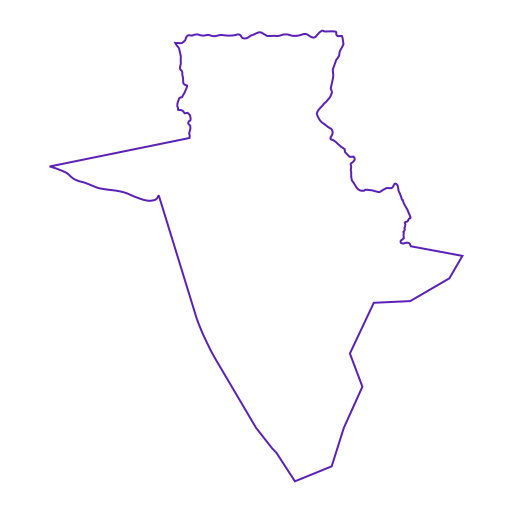 the district of Atima, Santa Bárbara, Honduras
{"feature_id": "27666195B460141259069", "entity_name": "Atima", "entity_type": "district", "adm_level": 2, "iso_a3": "HND", "parent_name": "Honduras", "parent_adm1": "Santa Bárbara", "projection": "robinson", "projection_center": [-88.493, 14.908], "detail": "fine", "context": "isolated", "style": "outline", "palette": "violet", "viewbox_px": 512, "rotation_deg": 0, "n_neighbors": 0, "source": "geoboundaries", "source_scale": "gbopen_adm2", "svg_char_len": 5865}
<svg xmlns="http://www.w3.org/2000/svg" viewBox="0 0 512 512"><path d="M294.9,481.3L331.7,466.3L343.8,427.9L362.4,386.7L349.9,353.5L373.8,302.8L410.2,301.1L449.4,278.3L462.4,255.9L410.9,246.3L410.5,245.6L410.0,244.3L409.7,243.8L409.1,243.2L408.4,242.9L407.3,242.7L406.1,242.8L405.4,242.9L404.0,243.4L403.0,243.6L402.6,243.5L401.0,242.9L400.8,242.6L400.6,241.9L400.7,241.1L400.8,240.6L401.2,240.3L402.0,239.7L403.3,238.6L403.8,238.3L403.9,238.1L403.7,237.2L403.5,235.2L403.8,233.0L403.7,232.7L403.4,232.2L403.5,231.6L404.0,231.1L404.4,230.6L404.6,230.0L404.8,229.5L404.8,229.0L404.5,228.4L404.5,228.0L404.6,227.5L404.9,226.8L405.1,226.0L405.3,225.0L405.3,224.2L405.2,223.6L404.8,223.0L404.8,222.6L405.0,222.4L405.3,222.2L405.9,221.9L406.9,221.7L407.4,221.3L408.2,220.4L408.6,219.3L408.9,218.8L409.3,218.5L409.9,218.4L410.2,218.2L410.4,217.8L410.5,217.3L410.4,216.8L410.0,216.2L409.7,215.1L409.4,214.4L409.0,213.7L407.6,210.2L406.6,208.3L405.4,206.2L403.7,203.1L403.2,201.5L402.9,200.3L402.7,200.0L402.1,199.8L401.9,199.5L401.0,196.4L400.4,195.0L399.9,193.5L399.1,192.0L398.6,190.9L397.8,186.0L397.4,185.3L396.9,184.5L396.4,184.0L395.8,183.7L395.4,183.6L395.0,183.7L394.6,183.9L394.2,184.4L393.7,185.3L393.1,186.5L392.7,187.1L392.2,187.6L391.8,188.0L391.1,188.2L387.3,188.0L386.5,188.1L383.2,189.8L380.4,191.6L379.6,192.0L379.3,192.1L378.8,192.1L377.8,191.9L371.7,190.3L366.0,189.7L365.7,189.7L365.3,189.8L364.6,190.2L364.0,190.7L363.0,190.8L361.5,190.7L360.4,190.5L359.2,190.0L358.1,189.2L357.1,188.3L356.6,187.7L355.3,185.5L353.3,182.3L352.5,181.3L352.2,180.9L351.9,180.3L351.7,179.5L351.4,177.9L351.2,177.0L351.2,174.8L351.2,172.3L351.2,171.8L350.9,170.6L350.8,169.7L350.9,168.9L351.1,167.8L351.2,167.2L350.8,164.9L350.7,164.0L350.8,163.7L351.0,163.4L352.1,162.7L352.9,162.0L353.8,161.0L354.5,160.0L354.6,159.6L354.7,159.0L354.5,158.3L354.3,157.6L353.8,156.9L353.6,156.7L353.3,156.7L352.8,156.7L351.6,156.8L350.1,156.8L349.5,156.7L345.2,152.3L345.0,151.8L344.6,149.1L341.2,146.8L337.9,144.0L336.2,142.3L334.8,141.2L332.8,139.9L332.2,139.7L331.3,139.6L330.9,139.4L330.7,139.1L330.6,138.6L330.5,138.0L330.5,137.5L330.8,137.3L331.2,136.4L332.2,134.6L332.4,134.0L332.5,133.3L332.6,132.3L332.5,131.4L332.3,130.6L332.0,129.9L331.6,129.3L331.2,128.9L329.9,128.1L328.0,127.0L324.4,124.1L322.2,122.6L321.2,121.8L320.5,120.9L319.7,120.0L318.5,117.9L317.8,116.5L317.2,115.1L317.0,114.3L316.9,113.7L317.0,112.8L317.3,112.0L317.9,110.9L318.5,110.0L319.9,108.3L322.3,105.8L324.3,103.4L325.0,102.8L326.1,101.8L326.7,101.2L329.7,97.6L330.9,95.4L331.7,93.4L331.9,92.6L331.9,91.8L331.4,90.0L330.8,88.8L330.8,88.4L331.1,86.6L332.9,78.7L333.2,76.6L333.2,74.4L332.9,71.2L332.8,69.8L332.9,69.3L333.1,68.6L333.7,67.1L336.1,60.2L336.6,59.3L337.5,58.3L338.1,57.4L338.5,56.7L339.0,55.8L339.1,55.3L339.9,51.0L342.3,46.7L343.5,44.1L343.1,42.0L342.7,38.7L342.3,37.2L341.8,36.0L340.5,36.0L338.4,36.2L337.6,36.0L336.7,35.3L336.3,34.2L336.2,33.4L336.3,32.7L336.2,32.2L335.7,31.7L334.2,31.4L331.3,31.3L325.2,31.5L324.3,31.4L323.9,31.1L323.1,30.8L322.3,30.7L321.4,31.0L320.1,31.9L318.8,33.1L315.5,36.9L314.4,37.4L313.3,37.6L311.1,37.0L307.2,34.5L305.7,34.0L303.8,34.0L298.9,35.5L296.9,35.8L294.8,35.9L292.4,35.8L287.7,34.5L286.1,34.4L283.5,34.5L279.1,35.8L277.0,36.1L275.7,35.9L272.3,35.9L270.7,36.0L268.9,36.0L267.0,35.9L261.4,32.6L260.9,32.4L259.8,32.3L258.7,32.4L257.8,32.7L255.9,33.5L253.4,34.7L251.4,35.4L250.9,35.6L247.6,37.8L247.2,38.0L246.0,38.3L244.7,38.5L243.3,38.3L242.3,37.9L241.9,37.5L241.0,36.0L240.1,35.0L239.3,34.6L238.1,34.4L237.0,34.5L235.4,35.0L234.7,35.2L232.1,35.5L230.5,35.6L227.6,35.6L225.0,35.4L222.4,35.0L220.8,35.0L219.1,35.2L216.1,36.0L215.2,36.1L214.1,36.2L212.7,36.1L209.6,35.2L208.3,34.9L207.6,34.9L204.0,35.6L203.3,35.6L201.9,35.5L200.2,35.2L198.1,34.5L197.3,34.4L196.1,34.5L194.5,34.7L193.7,34.9L192.7,35.4L192.1,35.5L191.1,35.5L188.9,35.2L188.2,35.3L187.7,35.6L187.1,36.1L186.2,37.3L185.8,38.0L185.7,39.1L185.5,39.5L185.3,40.0L184.8,40.7L184.2,41.2L183.1,42.2L181.8,43.1L181.4,43.2L180.6,43.2L175.3,42.9L175.9,44.0L176.6,45.2L177.4,46.2L178.4,47.4L179.0,48.4L179.2,49.0L180.8,56.2L180.7,60.7L180.8,62.1L180.8,63.2L180.7,64.3L180.1,66.9L180.0,68.4L180.1,68.9L180.5,69.6L180.9,70.1L181.5,70.5L181.7,70.8L182.0,71.4L182.2,72.0L182.3,72.8L182.3,74.1L182.4,74.9L182.5,75.8L182.8,76.7L183.0,78.4L183.2,80.7L183.2,82.3L183.3,82.9L183.4,83.3L183.7,83.7L184.3,84.4L185.2,84.9L187.0,85.5L187.0,86.6L186.5,88.0L185.0,91.6L184.6,92.6L183.5,94.4L182.3,96.7L182.1,97.1L181.8,97.3L180.9,97.3L179.8,97.8L179.4,98.1L179.0,98.7L177.5,103.3L177.3,104.9L177.3,105.9L177.6,107.0L178.1,108.3L178.1,108.7L177.9,109.4L178.0,109.6L178.2,109.8L178.4,110.0L178.9,110.1L180.1,110.0L181.0,110.2L181.6,110.3L182.2,110.5L182.6,110.8L183.2,111.4L184.7,113.3L186.0,113.1L187.1,112.9L187.5,112.9L187.8,113.0L188.4,113.5L188.8,114.1L189.1,114.3L190.1,115.5L190.3,117.0L190.6,118.6L190.6,119.3L190.5,119.9L190.3,120.3L190.0,120.7L189.2,121.0L188.8,121.4L188.4,122.2L188.2,123.0L188.3,123.4L188.6,124.0L189.3,124.8L189.9,125.3L190.1,125.6L190.2,125.9L190.3,126.6L190.4,128.2L190.3,129.1L190.2,129.5L189.9,130.1L189.8,131.3L189.3,132.6L189.1,133.5L189.2,133.8L189.6,134.8L189.7,135.4L189.7,136.2L189.5,138.0L49.6,166.5L51.2,166.9L55.1,168.1L61.3,170.5L64.6,171.9L66.5,172.9L68.0,174.0L69.0,174.8L71.0,176.8L72.8,178.2L74.5,179.3L76.3,180.1L78.0,180.8L79.5,181.3L83.8,182.4L85.5,183.0L89.0,184.3L94.2,186.5L96.8,187.5L99.1,188.2L102.1,188.8L105.9,189.4L115.7,190.6L119.1,191.2L123.1,192.1L125.4,192.8L127.4,193.5L134.2,196.5L139.2,198.4L141.9,199.3L143.8,199.9L146.0,200.4L147.4,200.6L149.3,200.8L151.4,200.7L153.5,200.3L155.0,199.9L156.0,199.3L157.0,198.4L157.4,197.7L158.0,196.5L158.5,195.8L158.9,195.9L159.0,196.1L196.6,318.2L198.5,323.4L201.7,331.3L203.4,335.2L207.0,342.8L210.7,350.4L214.8,357.9L256.1,427.9L272.1,448.3L276.5,452.9L294.9,481.3Z" fill="none" stroke="#5b21b6" stroke-width="2"/></svg>